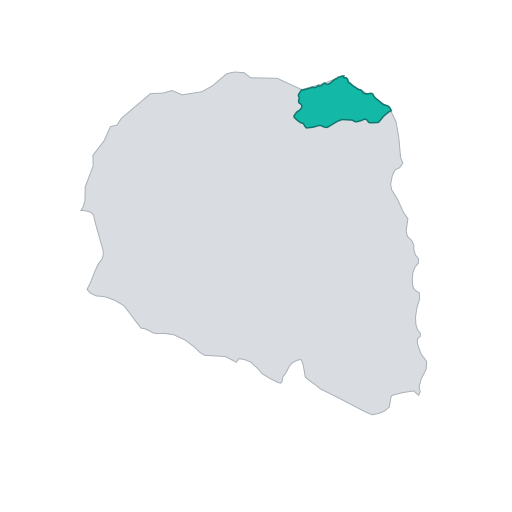 Colonia on a map of Uruguay (Mercator projection), rotated 164°
{"feature_id": "URY-4", "entity_name": "Colonia", "entity_type": "Department", "adm_level": 1, "iso_a3": "URY", "parent_name": "Uruguay", "parent_adm1": "", "projection": "mercator", "projection_center": [-57.607, -34.127], "detail": "fine", "context": "in_parent", "style": "filled", "palette": "teal", "viewbox_px": 512, "rotation_deg": 164, "n_neighbors": 0, "source": "natural_earth", "source_scale": "10m", "svg_char_len": 3533}
<svg xmlns="http://www.w3.org/2000/svg" viewBox="0 0 512 512"><g transform="rotate(164 256 256)"><path d="M411.8,348.0L408.6,350.9L405.2,356.3L401.2,369.4L387.7,387.5L385.0,397.8L370.4,408.5L360.2,420.5L353.5,420.2L347.5,425.4L312.8,441.2L300.4,438.2L291.1,438.2L282.6,431.3L263.0,428.8L250.8,431.6L234.3,439.2L229.3,439.1L225.8,438.7L216.9,435.5L212.0,428.8L186.7,421.0L166.3,403.4L142.2,403.1L123.8,405.4L120.9,403.0L119.0,398.5L115.2,392.0L99.4,376.6L86.9,361.3L84.4,346.2L86.2,329.9L89.9,310.7L89.2,304.7L93.8,301.2L98.4,300.6L102.8,295.6L106.7,288.1L107.4,282.4L104.4,271.9L102.2,257.3L99.7,250.0L104.8,238.6L105.0,233.0L102.1,228.1L101.3,223.1L102.6,218.0L102.4,213.0L100.5,208.3L101.9,204.3L106.5,201.2L110.0,196.5L112.3,190.1L113.4,185.2L113.5,181.8L112.1,178.6L109.2,175.7L110.6,169.7L116.1,160.9L119.6,153.0L121.2,146.1L121.1,140.6L119.3,136.4L120.1,133.6L123.4,132.1L125.0,127.6L124.4,116.6L121.0,107.5L123.6,100.3L131.3,92.0L135.3,85.3L135.6,80.2L138.0,77.3L141.6,82.8L152.5,84.3L163.5,84.5L165.2,83.1L169.5,74.1L175.2,71.5L181.4,70.8L188.1,71.3L195.3,77.3L215.6,96.7L230.5,110.3L235.1,116.7L239.0,121.5L242.0,126.0L240.7,137.7L240.9,142.8L241.6,144.2L245.0,144.4L250.1,143.5L254.3,141.0L257.6,137.3L260.9,134.2L263.5,132.6L264.5,130.1L266.0,127.6L267.6,127.0L270.5,128.9L277.5,135.6L282.9,141.7L284.2,145.3L286.3,149.0L288.5,152.2L290.1,155.3L295.3,159.4L300.6,162.0L304.2,159.3L313.2,167.8L333.1,174.9L336.8,179.2L340.2,185.3L347.2,194.6L356.8,203.0L364.6,206.5L372.1,208.6L376.2,210.4L379.1,213.6L383.6,217.1L386.5,218.4L387.5,221.5L390.4,228.2L393.5,236.8L396.8,244.8L404.1,252.5L412.3,258.4L420.8,261.8L425.5,266.0L427.6,270.4L421.9,276.8L415.7,285.0L410.2,291.4L404.5,295.9L402.6,299.0L401.4,303.8L401.4,329.3L401.0,338.8L401.4,341.3L402.2,343.0L405.7,345.5L410.0,347.6L411.8,348.0Z" fill="#d9dde1" stroke="#a8b0b8" stroke-width="1"/><path d="M166.5,403.1L164.2,402.6L158.4,402.5L154.9,402.7L153.7,401.7L150.7,401.8L149.1,402.8L148.3,401.8L146.7,401.6L144.8,402.5L142.6,403.5L140.5,401.4L138.9,401.3L137.0,401.7L134.4,402.9L130.8,404.3L129.6,404.1L128.0,405.1L126.1,405.0L124.2,405.2L122.1,404.9L122.7,404.2L122.2,403.1L120.3,402.5L119.2,400.6L119.3,397.5L117.7,395.7L116.4,393.5L111.6,387.8L109.5,386.8L108.8,385.6L107.8,383.1L106.6,381.9L105.0,381.3L103.3,381.0L101.8,380.9L100.1,380.5L99.2,379.6L98.5,376.7L97.7,375.0L92.3,367.0L91.1,366.0L88.7,364.5L87.6,363.6L86.7,362.1L86.2,360.5L85.9,358.4L88.0,358.0L88.9,357.8L94.7,355.3L100.7,351.1L101.8,350.8L102.9,350.9L110.2,352.8L110.5,353.2L110.9,353.7L111.1,354.0L111.4,354.8L111.7,355.5L111.8,355.9L112.2,356.6L112.4,356.8L112.6,357.1L112.8,357.2L113.1,357.3L113.6,357.5L114.3,357.6L115.4,357.5L117.3,357.2L122.4,357.3L123.0,357.5L123.9,358.0L124.4,358.3L124.7,358.7L124.9,358.9L125.0,359.0L124.9,358.9L125.3,359.5L125.6,359.7L126.2,360.2L135.1,363.3L136.9,363.4L140.8,363.0L151.9,360.0L153.1,360.3L154.5,361.0L155.7,361.7L156.8,362.8L158.0,363.7L158.4,363.9L160.2,364.1L165.6,364.1L172.3,365.2L173.2,367.1L173.7,369.4L174.0,370.1L174.3,370.6L174.6,370.8L175.7,371.4L176.2,371.7L178.3,374.2L180.7,378.0L181.0,378.8L181.1,379.4L181.1,379.6L181.0,379.8L180.9,380.0L180.4,380.6L177.5,382.9L177.3,383.1L176.8,383.3L174.0,384.1L173.0,384.7L171.4,385.8L171.1,386.2L170.9,386.8L170.6,387.8L170.6,388.5L170.7,389.0L170.9,389.3L171.0,389.7L172.3,391.2L172.6,391.6L172.5,392.2L172.1,393.8L171.8,394.4L171.4,394.9L171.0,395.7L170.9,396.6L171.0,398.1L170.9,398.8L170.7,399.3L170.5,399.6L166.5,403.1L166.5,403.1Z" fill="#14b8a6" stroke="#0f766e" stroke-width="1.5"/></g></svg>